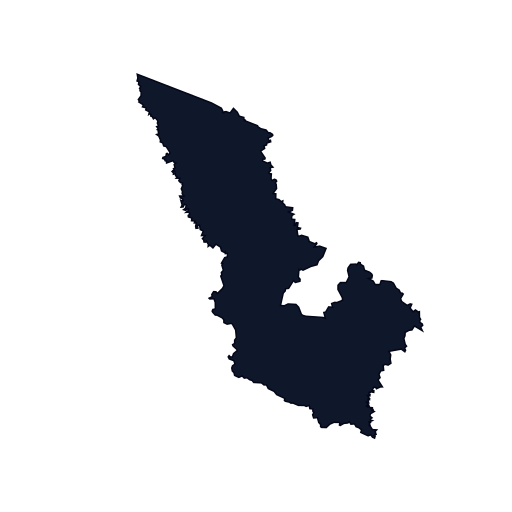 Bu Gia Map, Bình Phước, Vietnam (Natural Earth projection), rotated 299°
{"feature_id": "81297802B78542366840504", "entity_name": "Bu Gia Map", "entity_type": "district", "adm_level": 2, "iso_a3": "VNM", "parent_name": "Vietnam", "parent_adm1": "Bình Phước", "projection": "natural_earth1", "projection_center": [106.995, 11.949], "detail": "fine", "context": "isolated", "style": "filled", "palette": "ink", "viewbox_px": 512, "rotation_deg": 299, "n_neighbors": 0, "source": "geoboundaries", "source_scale": "gbopen_adm2", "svg_char_len": 6145}
<svg xmlns="http://www.w3.org/2000/svg" viewBox="0 0 512 512"><g transform="rotate(299 256 256)"><path d="M297.4,347.4L294.6,342.8L290.2,342.3L287.8,343.1L283.0,347.5L276.5,347.8L273.7,342.7L270.2,341.9L266.5,343.9L261.3,351.9L259.1,353.1L254.5,349.3L253.6,347.3L251.1,345.2L248.3,347.8L246.7,344.2L240.7,344.1L239.5,342.7L235.1,346.9L234.8,344.5L227.5,328.9L226.8,326.0L226.9,324.1L231.9,318.1L233.0,314.4L229.6,307.3L226.2,304.9L224.6,301.4L236.8,297.8L239.6,298.5L241.7,297.7L243.5,300.2L252.8,300.7L251.9,303.2L255.2,306.7L257.1,305.8L258.0,303.3L265.0,300.1L264.8,301.0L266.4,302.2L266.4,304.0L273.4,309.0L277.9,313.6L282.2,313.0L287.8,314.7L296.6,313.6L295.5,306.9L292.0,302.6L296.4,303.2L296.9,302.5L295.2,301.4L294.5,295.6L297.6,292.2L296.2,285.8L294.3,284.2L294.0,282.8L299.1,278.9L301.0,281.6L301.9,281.5L301.0,278.3L305.3,276.7L304.7,275.0L301.9,275.5L301.2,274.6L306.7,272.2L305.6,269.7L306.4,268.7L308.9,267.8L310.9,268.9L310.2,263.2L313.6,265.7L316.0,264.7L313.3,257.9L314.7,256.2L315.3,253.5L317.2,252.7L315.7,251.6L316.5,248.8L315.6,245.5L320.0,243.2L318.9,240.5L324.9,241.3L328.5,238.9L329.3,237.4L331.5,237.8L332.3,236.5L332.0,234.8L329.7,233.5L331.0,231.6L335.3,229.6L334.5,227.4L335.0,226.7L337.9,227.4L340.0,225.5L341.9,227.7L342.8,224.9L344.9,222.9L342.8,221.0L342.3,215.6L343.9,214.9L345.0,216.7L346.1,216.5L349.9,209.1L354.3,211.4L356.1,209.6L358.2,211.4L360.0,210.7L363.0,213.5L364.1,212.6L362.7,211.9L365.1,209.4L367.9,211.6L369.6,212.2L370.4,211.5L370.6,208.4L369.7,207.2L371.1,203.7L369.7,198.5L369.9,195.3L370.7,194.2L368.9,180.4L369.6,180.6L369.8,179.0L371.3,178.2L370.2,173.6L372.7,169.9L374.2,164.7L368.5,164.0L367.8,159.9L367.0,158.7L365.5,158.5L365.3,157.2L366.3,157.2L368.5,154.0L368.3,142.9L357.4,64.0L354.4,66.4L351.4,67.1L351.7,69.1L349.1,70.0L348.3,73.1L346.1,72.9L345.4,74.2L344.3,74.4L343.7,76.1L340.4,77.8L335.8,77.2L334.9,79.0L333.9,78.9L333.6,84.3L331.4,84.4L332.2,87.6L331.9,88.4L330.3,88.7L330.4,92.9L327.8,93.6L329.0,94.3L329.0,95.3L327.4,96.1L327.6,97.7L326.2,99.8L328.1,100.7L326.9,104.0L325.6,105.3L324.5,105.2L322.4,107.8L321.0,106.4L319.9,108.9L318.6,108.4L318.4,110.2L317.2,110.2L315.9,111.8L314.1,110.2L313.8,112.8L311.1,116.3L309.4,116.9L309.7,119.6L307.5,121.9L308.2,124.5L304.6,130.9L302.0,130.3L302.7,128.5L302.1,128.0L299.4,128.9L297.1,126.8L296.0,127.1L296.4,128.9L295.2,130.5L295.8,131.6L294.0,132.7L299.1,137.2L298.1,139.2L298.4,140.9L296.3,140.1L293.7,142.5L292.4,141.5L290.8,143.7L290.4,141.9L289.2,141.6L288.7,143.6L287.5,144.1L288.8,145.5L287.2,146.8L286.9,148.9L285.4,148.5L287.1,151.8L284.4,152.0L283.6,154.4L284.2,156.4L282.7,156.7L282.2,157.7L278.5,158.1L276.9,160.3L274.7,161.2L273.6,163.9L271.4,160.1L270.1,161.8L270.7,163.8L269.2,165.4L268.6,165.3L268.3,163.2L264.8,166.7L262.4,166.8L263.6,168.5L266.7,168.3L266.5,170.6L263.4,171.1L261.4,170.2L261.8,172.4L264.2,173.2L264.5,174.3L262.7,174.6L260.3,173.7L261.5,175.5L261.2,177.2L260.3,177.8L258.7,177.0L257.4,177.9L258.1,181.6L255.6,182.5L257.0,185.7L255.0,186.0L256.0,187.9L252.8,188.7L251.1,190.1L252.2,191.7L254.4,190.0L255.7,191.6L252.1,194.4L252.3,197.8L247.4,198.4L249.2,201.7L245.2,200.7L244.7,202.4L243.0,203.8L243.8,205.3L244.9,205.5L243.1,208.7L241.2,209.5L243.1,210.5L242.2,214.4L246.9,215.2L246.6,220.6L243.7,223.4L243.8,226.6L244.9,227.0L243.2,228.0L244.5,229.7L241.4,231.4L239.4,229.4L233.0,229.3L233.2,230.8L231.5,230.5L227.7,234.4L224.8,233.7L222.8,235.3L221.4,234.9L214.5,242.4L211.3,242.4L204.5,240.4L205.3,238.3L204.3,236.2L200.9,236.0L199.2,237.4L196.3,235.4L196.0,236.3L198.2,240.0L195.6,242.9L190.7,245.7L189.7,245.8L188.3,244.2L186.5,244.4L185.8,245.5L184.6,249.0L185.4,250.7L185.5,256.6L184.6,258.8L182.2,260.2L182.4,263.8L184.9,266.8L185.1,268.1L181.4,274.1L174.9,278.5L172.1,278.1L169.1,279.7L167.1,278.5L166.2,279.5L165.0,284.7L164.1,285.4L159.7,283.7L156.3,284.3L155.3,282.7L155.8,280.8L154.3,280.6L153.0,282.5L153.7,287.3L152.2,289.1L151.0,289.9L148.6,288.7L146.3,289.1L144.0,291.0L143.3,293.3L141.2,295.2L141.5,299.8L144.4,302.1L143.5,304.9L145.2,307.3L144.7,310.4L145.3,312.9L144.3,315.3L147.7,322.3L147.1,325.4L148.3,327.7L146.0,331.0L146.4,337.5L144.8,341.3L145.4,349.5L145.2,350.3L143.4,350.9L143.2,352.1L144.4,356.1L144.2,357.7L145.3,359.7L145.9,365.5L148.7,370.7L148.8,372.8L151.1,375.0L148.6,377.1L149.8,379.9L147.8,381.0L146.9,382.6L144.6,382.5L142.3,384.9L144.4,388.1L140.8,391.6L139.9,394.3L138.1,395.2L137.8,396.3L140.0,400.6L144.7,402.1L148.3,404.8L150.7,409.3L150.4,410.4L148.6,410.9L148.6,411.8L152.2,414.0L154.5,417.3L156.4,417.9L154.9,420.5L156.9,423.6L155.2,426.3L155.7,429.3L155.1,432.6L152.5,433.2L153.1,441.2L155.2,443.0L154.0,445.8L154.2,448.0L156.4,447.5L156.2,446.4L157.8,446.4L158.3,447.4L160.3,445.3L162.4,445.8L160.6,442.0L162.6,438.2L162.6,436.4L163.3,437.7L165.5,435.4L166.0,437.5L166.2,435.8L168.4,437.5L168.0,435.6L169.0,435.0L170.7,435.9L171.2,433.2L173.5,432.6L177.3,434.8L177.2,432.6L178.5,433.5L178.0,432.5L179.7,431.4L179.3,430.3L178.3,430.4L179.4,427.5L178.0,427.1L178.2,425.4L178.8,425.3L178.9,426.6L179.3,425.8L180.3,426.8L181.7,423.8L182.2,425.8L184.3,423.8L185.1,424.7L185.5,423.5L186.3,424.5L187.9,421.2L188.8,423.4L190.3,422.8L190.1,421.5L191.8,421.1L192.2,422.2L193.8,422.7L193.2,423.4L193.8,425.1L195.3,424.4L194.6,422.7L198.2,422.6L199.1,424.5L198.3,425.7L201.7,428.2L202.8,430.0L206.4,423.4L207.4,422.8L209.7,423.5L212.1,420.9L216.0,420.8L217.9,423.1L222.1,420.2L224.0,421.8L224.6,424.4L227.6,426.0L230.9,423.3L234.8,421.8L237.0,418.4L245.0,428.2L244.4,432.6L246.1,432.5L247.6,430.5L250.1,431.4L251.1,429.3L255.5,425.3L258.4,425.0L261.5,423.5L265.2,425.9L266.9,428.2L271.6,428.5L271.3,437.7L273.5,434.6L276.2,435.4L277.2,434.3L277.4,431.8L278.7,430.5L280.4,430.7L281.6,428.7L286.5,425.9L285.7,425.2L286.1,421.6L283.4,420.5L285.2,416.0L289.3,415.6L288.9,414.1L286.1,412.1L286.8,405.5L288.8,403.1L294.1,403.2L294.4,401.8L293.7,400.4L295.6,397.7L295.8,394.2L298.9,389.3L299.0,386.6L295.5,378.1L295.0,377.5L291.1,378.2L288.8,374.1L290.9,370.6L290.8,365.3L292.9,368.0L295.5,367.1L296.3,366.0L296.9,363.2L296.2,357.7L299.3,354.9L299.4,351.5L300.7,350.4L300.2,348.8L297.1,348.5L297.4,347.4Z" fill="#0f172a" stroke="#020617" stroke-width="1.5"/></g></svg>